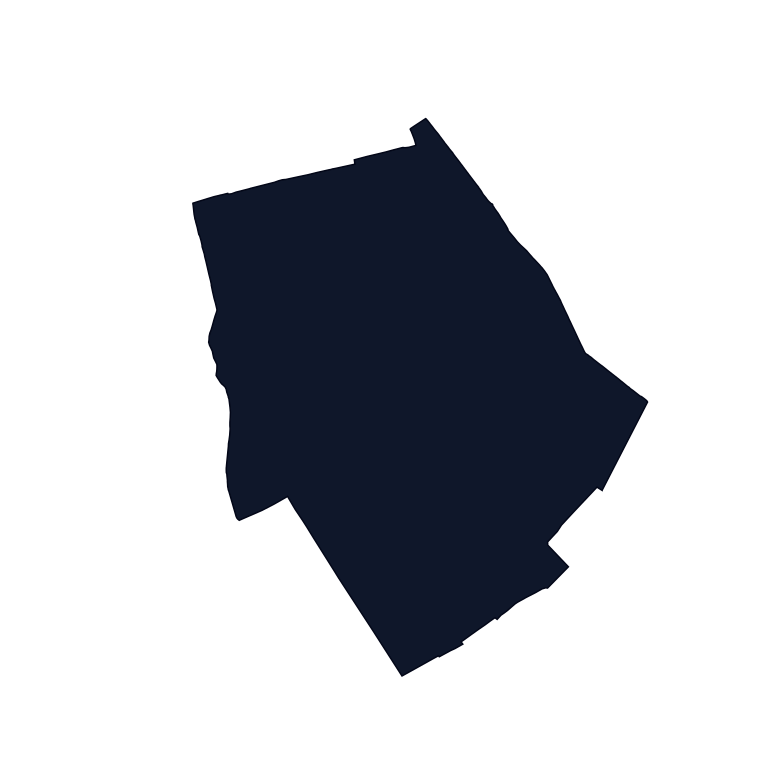 Rascaeti, Dâmbovita, Romania, rotated 24°
{"feature_id": "2599482B15564462831456", "entity_name": "Rascaeti", "entity_type": "district", "adm_level": 2, "iso_a3": "ROU", "parent_name": "Romania", "parent_adm1": "Dâmbovita", "projection": "equal_earth", "projection_center": [25.264, 44.589], "detail": "fine", "context": "isolated", "style": "filled", "palette": "ink", "viewbox_px": 768, "rotation_deg": 24, "n_neighbors": 0, "source": "geoboundaries", "source_scale": "gbopen_adm2", "svg_char_len": 5858}
<svg xmlns="http://www.w3.org/2000/svg" viewBox="0 0 768 768"><g transform="rotate(24 384 384)"><path d="M519.2,643.4L540.3,615.3L544.2,610.2L544.6,610.3L545.4,610.7L553.3,600.4L556.4,596.9L561.8,589.6L559.3,588.2L564.9,578.6L569.3,571.1L574.7,562.2L577.4,557.4L579.9,553.2L580.6,552.4L583.1,553.0L584.9,547.6L586.9,544.3L589.1,540.3L591.3,535.5L593.2,531.5L594.7,529.1L600.7,521.1L607.6,512.5L611.7,506.9L614.6,504.4L616.4,503.9L626.8,476.0L599.1,464.6L597.7,461.7L600.0,454.9L602.3,448.2L603.5,440.7L609.1,424.2L620.5,391.6L626.6,392.5L626.5,392.0L632.1,293.3L630.8,292.4L628.0,291.6L625.3,291.0L624.5,290.8L623.6,290.8L622.8,290.9L618.9,289.9L614.2,288.7L612.1,288.3L610.7,288.0L609.3,287.4L607.4,287.1L605.6,286.6L604.9,286.4L600.6,285.2L598.8,284.8L596.1,284.0L584.1,281.0L576.2,278.9L573.6,278.4L568.5,277.1L565.6,276.4L562.4,275.4L561.2,275.2L560.0,275.0L559.6,274.9L559.1,274.7L558.2,274.5L557.3,274.4L556.5,274.3L555.9,274.2L555.3,273.9L554.5,273.4L553.1,272.3L551.5,270.9L549.5,269.2L548.0,268.0L546.6,266.8L545.0,265.4L543.1,263.8L541.2,262.1L539.0,260.2L536.6,258.1L534.5,256.3L532.4,254.5L530.9,253.2L529.1,251.6L526.9,249.8L525.0,248.0L523.5,246.7L522.3,245.7L520.4,244.1L519.1,243.0L517.3,241.4L515.7,240.0L514.5,239.0L513.5,238.1L512.6,237.3L512.0,236.7L511.3,236.0L510.8,235.6L509.6,234.7L508.7,234.0L507.7,233.2L506.7,232.4L505.7,231.6L505.0,231.1L504.3,230.6L503.5,230.0L502.5,229.2L501.3,228.3L500.6,227.8L499.9,227.2L499.3,226.7L498.7,226.4L498.5,226.1L498.2,225.9L497.6,225.3L488.7,217.9L485.7,216.1L485.4,215.9L484.0,215.1L482.5,214.3L481.2,213.6L479.0,212.7L478.7,212.5L476.9,211.7L473.1,210.1L471.0,209.2L468.6,208.3L467.2,207.6L464.1,206.2L461.6,205.0L460.2,204.3L457.0,203.2L452.0,201.5L447.9,199.8L446.0,198.8L443.7,197.6L437.3,194.5L434.6,193.1L434.3,192.9L434.4,192.5L434.4,192.3L433.6,191.7L432.2,190.6L430.0,189.0L426.6,186.8L423.0,184.6L421.3,183.3L418.6,181.5L416.4,180.3L414.6,179.2L413.5,178.6L412.9,178.1L412.5,177.8L412.2,177.6L411.7,177.4L411.0,176.9L410.6,176.3L410.3,175.9L410.0,175.7L409.8,175.6L409.2,175.5L408.6,175.6L408.1,175.5L405.7,174.7L404.5,174.2L402.6,173.2L401.5,172.5L400.5,172.0L398.7,171.1L397.4,170.5L396.4,169.7L395.7,169.3L394.8,168.5L393.6,167.8L392.5,167.1L391.2,166.4L390.5,166.0L390.4,165.9L390.3,165.7L390.0,165.6L389.3,165.2L388.8,164.9L388.7,164.9L387.9,164.5L387.2,164.1L386.4,163.7L385.5,163.2L384.8,162.8L384.7,162.7L383.5,162.1L383.1,161.9L382.1,161.3L381.5,161.0L381.2,160.8L380.8,160.6L379.5,159.9L378.1,159.1L376.4,158.2L376.2,158.1L375.1,157.4L374.5,157.1L373.2,156.4L371.8,155.6L371.3,155.3L370.3,154.8L369.6,154.4L369.0,154.0L367.9,153.5L367.7,153.3L367.2,153.0L366.3,152.5L365.1,151.9L363.9,151.2L362.1,150.2L360.9,149.5L360.6,149.4L360.1,149.1L359.8,148.9L358.9,148.5L357.7,147.8L357.0,147.5L356.0,146.9L355.8,146.8L355.4,146.6L354.9,146.3L354.4,146.0L353.9,145.7L353.5,145.5L353.1,145.2L352.9,145.0L352.4,144.7L351.8,144.5L351.6,144.3L350.4,143.8L349.7,143.4L348.6,142.9L348.0,142.6L347.5,142.3L346.4,141.6L345.1,141.0L344.6,140.7L343.3,140.0L342.0,139.4L341.5,139.1L340.7,138.6L340.1,138.2L338.7,137.5L338.0,137.0L337.7,136.9L336.3,136.1L335.2,135.5L334.5,135.2L334.1,134.9L333.6,134.6L332.6,134.0L331.1,133.2L330.5,132.9L329.0,132.2L327.5,131.4L326.6,131.0L325.9,130.6L324.3,129.7L323.6,129.3L321.9,128.4L321.5,128.2L321.0,128.0L319.3,127.0L318.1,126.4L317.4,126.0L316.4,125.5L315.6,125.2L315.3,125.0L314.3,124.6L314.1,124.6L306.4,136.6L304.3,140.0L304.3,140.4L304.4,140.7L306.0,142.0L306.9,142.8L307.1,143.1L307.8,143.7L308.5,144.4L309.2,145.1L310.1,146.0L311.7,147.6L312.0,147.9L312.4,148.4L313.7,149.9L314.3,150.6L315.6,152.3L316.1,153.1L315.8,153.3L311.4,156.9L310.2,157.8L307.3,159.5L305.5,160.2L305.2,160.2L303.8,161.2L301.2,163.3L297.9,165.9L291.3,171.3L285.2,176.0L276.0,183.0L265.7,191.3L268.0,195.0L262.6,199.0L252.4,206.5L250.1,208.1L249.7,208.3L249.5,208.5L248.1,209.7L247.7,210.0L247.2,210.3L246.9,210.5L237.5,217.5L236.7,218.1L229.4,223.8L221.5,229.5L211.1,237.1L209.4,238.0L207.9,238.9L204.9,241.4L202.3,243.9L202.0,244.2L182.2,259.8L182.1,260.0L174.8,265.8L170.8,268.9L167.4,272.2L164.6,273.9L164.4,273.9L163.8,273.4L163.3,273.7L162.2,274.6L161.5,275.1L160.3,276.1L159.5,276.7L158.9,277.2L157.8,277.9L156.5,279.0L153.3,281.4L152.7,281.9L151.7,282.7L150.8,283.5L150.6,283.7L147.2,286.6L146.1,287.6L139.3,293.5L139.2,293.6L136.5,296.0L136.0,296.3L135.9,296.6L136.1,297.1L136.9,298.3L137.1,298.6L141.5,306.2L143.3,308.8L144.2,310.2L145.0,311.0L146.5,313.0L149.7,316.9L152.2,320.3L154.0,322.7L155.5,323.8L158.6,327.5L161.2,331.0L162.1,332.7L164.3,335.2L167.1,338.5L168.5,340.6L171.2,344.0L175.2,349.3L179.4,354.9L183.5,360.1L186.1,363.7L186.0,363.9L188.4,367.3L189.9,369.4L194.0,374.9L197.1,378.6L201.1,383.9L201.5,384.9L201.8,387.1L201.8,387.3L202.1,390.8L202.7,395.4L203.3,399.2L203.7,402.0L204.1,405.1L204.2,408.3L204.9,411.6L206.3,415.2L206.8,417.1L208.9,419.6L211.7,421.9L211.9,422.1L213.9,423.9L215.7,426.5L217.9,429.5L221.8,432.7L223.4,434.1L224.3,436.0L225.3,438.4L226.1,440.7L226.6,442.8L227.2,444.5L229.0,445.8L233.7,448.9L235.6,449.9L238.0,450.6L240.1,451.4L242.0,453.0L243.7,455.4L246.7,458.6L247.0,458.9L247.0,459.2L248.5,460.8L252.6,467.6L255.2,472.3L257.3,477.5L258.8,481.6L260.3,485.0L261.7,487.6L264.0,493.9L264.0,494.0L265.2,498.0L266.2,501.8L267.2,504.3L273.5,523.2L273.6,523.4L273.8,524.1L274.1,525.0L274.6,526.1L274.7,526.4L274.9,526.8L275.9,528.9L276.3,529.4L277.0,530.2L277.3,530.6L278.0,532.0L280.1,535.6L280.7,537.0L281.9,539.2L282.5,540.4L283.0,541.4L284.0,542.7L284.2,543.1L284.5,543.5L284.7,543.8L285.1,544.3L285.3,544.5L285.5,544.6L302.7,565.0L302.9,565.3L303.6,565.8L304.3,566.4L305.1,566.8L305.6,567.0L306.1,567.1L307.2,567.4L309.8,564.5L323.9,549.1L332.6,538.2L341.6,525.9L353.9,534.7L364.9,541.6L371.6,546.0L382.1,553.2L415.2,575.4L421.5,579.7L474.8,614.2L519.2,643.4Z" fill="#0f172a" stroke="#020617" stroke-width="1.5"/></g></svg>